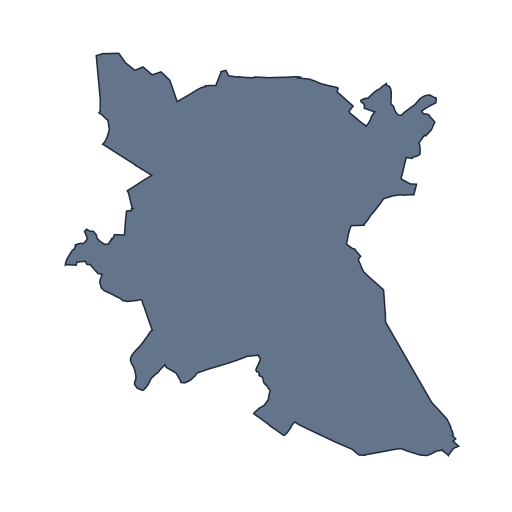 outline of Saldus, Saldus, Latvia, rotated 176°
{"feature_id": "27541924B14554073945522", "entity_name": "Saldus", "entity_type": "district", "adm_level": 2, "iso_a3": "LVA", "parent_name": "Latvia", "parent_adm1": "Saldus", "projection": "orthographic", "projection_center": [22.489, 56.666], "detail": "fine", "context": "isolated", "style": "filled", "palette": "slate", "viewbox_px": 512, "rotation_deg": 176, "n_neighbors": 0, "source": "geoboundaries", "source_scale": "gbopen_adm2", "svg_char_len": 5989}
<svg xmlns="http://www.w3.org/2000/svg" viewBox="0 0 512 512"><g transform="rotate(176 256 256)"><path d="M384.1,132.8L382.5,131.8L380.6,130.8L378.9,130.1L378.3,129.9L377.8,130.1L376.8,130.8L375.5,131.9L374.3,133.2L372.9,134.8L370.9,137.9L369.9,139.9L369.2,140.9L368.4,141.8L366.9,143.0L364.8,144.7L363.5,145.5L361.5,147.0L360.4,148.3L359.7,149.2L357.9,150.8L354.3,153.8L353.4,151.2L344.0,144.8L343.6,144.2L340.3,137.4L339.7,135.0L335.8,134.4L332.0,135.8L329.5,137.1L325.0,140.8L323.1,143.3L313.0,146.1L292.1,150.8L289.3,151.5L287.4,152.1L284.6,152.7L274.5,155.6L272.3,156.5L261.6,156.8L260.9,157.1L258.8,152.8L260.9,148.4L262.3,145.9L263.3,144.4L263.2,143.6L264.0,142.9L263.9,141.8L263.3,140.3L261.9,140.3L260.9,138.8L260.9,137.5L261.4,137.0L260.9,136.3L259.6,135.5L258.6,135.4L257.7,133.5L257.2,129.7L256.5,128.1L253.6,124.9L253.1,123.2L251.5,121.5L251.3,120.0L251.8,119.5L252.0,118.3L253.2,115.1L253.4,112.7L254.6,110.9L258.2,106.5L261.1,105.1L263.1,104.1L267.8,100.5L269.3,99.0L265.7,95.8L264.7,95.2L255.9,87.7L254.8,87.0L254.8,86.3L253.6,85.3L252.2,84.2L250.7,83.0L249.1,81.8L246.2,79.4L245.3,78.7L243.0,76.8L241.1,75.2L240.4,75.1L239.8,75.5L239.3,75.7L237.1,77.7L235.8,79.3L234.4,81.0L233.6,81.9L233.2,82.2L233.4,83.0L230.9,85.8L229.2,87.5L228.7,87.6L225.4,85.0L214.8,78.9L193.4,66.9L190.0,64.9L173.6,56.5L167.2,50.3L161.2,49.6L160.3,50.1L153.8,50.8L128.5,53.7L125.7,53.7L123.3,53.2L119.7,51.3L106.1,46.0L99.3,45.0L95.5,46.2L90.0,48.6L89.1,48.9L87.4,49.1L86.1,48.8L83.8,49.8L83.8,49.3L83.7,49.1L83.5,48.8L82.1,47.5L78.5,44.2L77.9,43.5L77.5,44.4L72.3,50.4L67.1,52.1L72.3,57.6L69.5,59.6L72.6,63.3L71.7,64.4L72.3,66.5L72.3,66.9L74.0,71.5L73.6,72.1L77.0,80.2L86.2,91.8L89.1,95.3L91.1,98.0L131.4,181.1L130.9,189.8L131.1,191.1L131.1,197.3L131.1,213.3L135.0,217.3L144.4,226.9L149.9,232.9L150.3,234.1L151.9,238.6L154.1,244.9L154.2,245.4L154.0,245.8L151.6,248.4L156.1,254.3L156.7,255.8L157.5,256.2L158.9,256.5L162.9,259.7L162.8,259.8L164.9,261.6L163.3,267.4L162.5,270.8L161.2,274.6L161.2,274.8L160.7,275.8L159.0,279.6L146.1,279.1L145.3,280.7L141.5,284.7L138.7,288.7L136.3,290.9L133.6,293.8L128.1,300.0L125.7,302.9L125.1,304.1L115.8,306.4L108.3,306.9L107.4,306.9L104.4,306.3L103.3,306.5L101.5,306.4L98.1,306.4L94.3,306.0L91.1,315.6L90.9,316.4L97.0,317.1L99.4,318.6L103.6,321.3L105.1,322.4L105.9,323.2L105.6,324.3L105.0,325.6L103.1,331.5L99.3,343.8L93.3,342.4L93.2,342.5L92.5,343.6L92.0,343.8L88.8,344.3L86.7,345.2L86.2,345.5L85.4,346.2L85.1,346.9L85.0,349.2L84.9,350.9L84.9,354.4L85.0,355.2L85.2,356.2L85.6,357.5L79.6,364.6L78.3,363.9L72.2,369.7L68.3,377.3L72.6,382.7L73.2,383.8L73.7,384.7L74.9,385.3L76.2,385.7L77.9,386.0L78.6,386.2L79.5,386.8L80.1,387.8L80.4,389.0L77.3,391.1L72.3,393.6L66.2,396.1L65.7,396.9L65.2,401.0L67.8,402.1L69.9,403.5L71.2,404.5L73.6,404.5L76.6,404.0L81.2,401.7L86.9,396.0L96.1,390.2L98.4,388.7L100.3,386.8L101.9,386.3L103.6,386.5L105.1,387.6L106.8,390.4L107.9,393.2L108.0,394.7L108.5,395.8L110.8,398.5L110.4,402.6L110.1,404.3L110.0,405.6L109.7,408.0L109.7,410.3L109.8,412.1L110.0,413.2L110.9,415.7L111.3,416.0L112.2,416.4L113.8,417.0L113.9,418.9L118.0,416.5L120.6,414.4L121.1,414.0L121.9,413.7L124.6,412.5L126.8,411.0L128.7,409.6L130.3,408.2L133.0,405.8L137.1,405.4L137.3,405.0L138.1,404.9L139.0,404.7L139.9,404.3L140.7,403.5L140.7,402.9L137.3,399.5L137.7,395.8L127.6,391.5L127.8,391.4L131.3,386.8L131.5,386.4L131.7,385.7L131.9,385.0L132.1,384.4L134.6,380.6L136.0,378.9L137.2,377.7L138.6,379.5L139.4,379.9L143.3,383.4L146.1,386.1L151.8,391.6L152.6,392.4L153.1,393.8L148.7,398.7L151.0,401.2L153.0,403.2L157.1,407.4L158.7,409.0L160.0,410.5L162.3,412.7L163.6,414.1L162.4,417.7L162.6,417.9L163.4,418.1L163.6,418.3L163.6,418.5L169.4,420.2L173.0,421.3L175.4,422.2L178.7,423.1L181.0,424.3L186.2,427.0L186.3,426.8L189.4,428.3L190.1,428.6L191.2,428.9L191.8,429.0L194.8,429.5L201.3,430.6L199.6,431.4L202.3,431.9L205.7,432.2L212.9,432.2L218.8,432.5L228.4,432.9L230.4,432.9L240.4,434.2L245.4,434.6L245.6,433.9L253.7,434.8L261.4,436.1L261.5,435.7L270.8,437.7L273.1,443.3L278.1,442.4L278.0,441.8L282.8,431.9L284.3,428.6L285.6,429.0L288.3,429.2L292.5,429.3L294.8,429.3L295.1,428.2L297.5,428.1L299.9,427.3L302.9,426.0L312.1,421.2L323.9,415.5L329.7,437.3L337.9,446.3L346.9,444.0L355.5,452.5L363.9,449.7L372.5,457.6L378.8,467.8L394.7,468.5L401.4,467.0L400.4,422.4L401.4,411.3L402.7,409.8L400.1,407.8L398.7,406.3L396.5,403.8L394.2,401.5L393.5,392.2L396.1,385.3L398.3,381.2L401.1,378.2L369.9,355.2L369.9,354.7L369.7,354.7L367.4,353.1L356.5,345.3L355.0,344.0L354.7,343.9L354.4,343.9L354.5,343.6L361.1,340.3L379.9,330.0L379.3,329.0L378.9,327.9L378.6,326.6L377.4,319.5L376.2,312.5L375.5,312.0L376.9,311.8L377.2,310.0L382.0,309.9L383.7,300.2L385.8,286.1L393.1,286.9L395.6,287.2L397.8,283.1L398.9,283.4L399.7,281.3L400.6,281.0L402.4,278.2L406.3,278.2L410.5,281.5L413.6,285.0L413.6,287.8L416.6,292.1L419.7,292.2L421.3,293.2L423.1,294.5L425.3,292.6L423.0,284.9L423.9,283.8L424.9,282.8L427.0,280.5L428.4,280.6L429.5,280.8L430.4,280.9L431.4,280.6L432.8,280.5L434.5,279.9L435.1,279.9L435.5,279.8L435.1,278.1L436.0,277.7L436.1,276.8L436.5,276.1L438.5,274.6L439.4,273.8L441.1,271.5L441.9,270.3L444.7,266.3L445.2,265.0L445.8,264.0L446.2,262.9L446.6,261.6L446.8,260.2L446.1,260.6L435.9,259.4L435.2,262.3L426.9,262.7L425.1,259.3L422.1,259.1L414.8,249.5L410.7,248.4L412.9,243.7L413.7,240.8L412.6,235.0L409.9,232.1L402.2,227.8L397.6,224.9L396.0,224.1L394.5,223.1L391.5,220.4L389.8,220.6L388.2,219.6L377.3,220.0L375.2,220.5L374.0,220.5L372.6,219.2L372.3,216.0L371.8,215.3L371.6,214.6L365.5,192.0L364.6,189.2L365.5,188.9L367.0,187.5L368.2,186.0L369.8,183.7L371.2,182.0L372.4,180.8L373.8,178.9L376.1,176.4L378.7,173.6L380.5,172.1L382.3,170.4L384.4,168.4L386.7,165.8L387.3,164.6L388.0,163.4L388.5,161.2L388.3,159.3L387.6,157.7L387.0,156.0L385.8,153.8L385.3,152.0L384.9,150.2L384.6,147.9L384.2,145.7L384.2,144.0L384.3,142.5L384.7,141.2L385.5,139.5L386.0,138.1L386.0,137.3L386.1,136.4L385.7,135.7L385.3,134.9L384.6,133.9L384.4,133.5L384.1,132.8Z" fill="#64748b" stroke="#1e293b" stroke-width="1.5"/></g></svg>